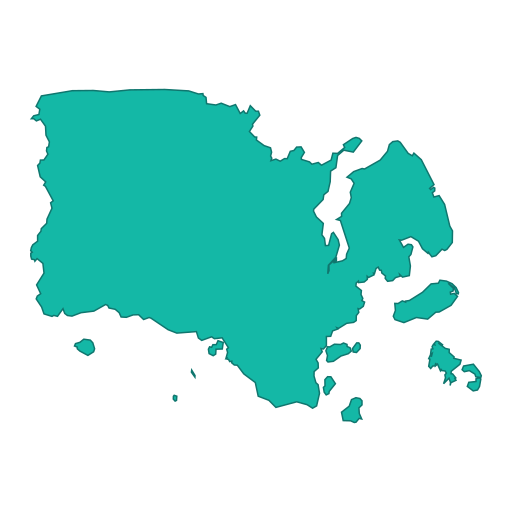 South Malekula, Malampa, Vanuatu (Albers equal-area conic projection)
{"feature_id": "77236927B78933945874407", "entity_name": "South Malekula", "entity_type": "district", "adm_level": 2, "iso_a3": "VUT", "parent_name": "Vanuatu", "parent_adm1": "Malampa", "projection": "albers", "projection_center": [167.766, -16.475], "detail": "fine", "context": "isolated", "style": "filled", "palette": "teal", "viewbox_px": 512, "rotation_deg": 0, "n_neighbors": 0, "source": "geoboundaries", "source_scale": "gbopen_adm2", "svg_char_len": 6056}
<svg xmlns="http://www.w3.org/2000/svg" viewBox="0 0 512 512"><path d="M41.4,95.9L36.1,106.4L39.8,109.2L38.9,114.5L33.7,115.8L31.4,118.7L33.7,118.7L36.4,120.9L40.5,119.2L45.5,126.2L46.0,135.2L49.4,141.9L48.6,146.8L46.9,147.5L46.5,150.9L47.9,154.2L43.9,160.0L40.4,160.1L39.9,163.1L37.6,165.5L40.2,176.8L45.7,181.9L43.7,185.2L45.4,186.3L53.2,200.8L50.6,202.8L52.0,208.2L47.0,219.1L46.7,223.3L41.3,228.6L40.9,231.3L37.6,235.5L37.6,241.2L32.8,244.8L31.4,247.5L30.7,250.7L32.2,252.2L30.8,253.2L30.8,256.1L31.6,259.1L34.5,259.7L34.9,261.2L37.1,258.6L42.9,263.4L44.0,273.1L36.6,284.9L40.7,293.7L37.3,296.1L36.2,298.9L41.6,307.0L44.0,313.9L52.0,316.4L53.8,315.4L57.5,316.3L63.0,308.7L64.7,313.4L67.4,315.5L72.0,316.1L81.0,312.7L93.9,311.1L105.6,304.5L107.7,305.4L109.0,308.0L115.2,309.3L119.2,312.7L121.1,317.0L126.4,317.3L133.1,314.9L138.6,314.7L143.6,319.5L149.1,317.5L150.9,318.1L168.1,329.7L176.8,333.1L196.4,331.6L198.4,338.0L201.7,340.4L211.6,336.8L214.4,338.7L222.1,337.8L228.4,347.7L226.7,349.2L227.6,352.5L226.0,358.2L227.5,357.2L226.1,358.8L228.6,359.5L229.7,361.6L231.8,361.2L231.7,362.8L234.3,365.0L237.3,365.2L243.8,373.9L255.3,382.5L258.2,396.2L268.9,400.3L275.9,407.4L296.7,401.8L307.1,404.7L312.6,408.2L316.6,405.9L319.5,393.3L318.1,384.7L315.9,382.7L314.0,376.0L314.1,371.6L318.3,367.9L318.1,362.9L316.0,359.3L322.2,351.8L321.0,348.5L323.4,349.0L326.4,345.7L326.4,336.5L330.7,336.3L332.6,330.9L337.8,329.0L337.0,327.8L338.5,328.4L346.7,323.3L353.6,322.4L356.2,320.6L356.3,315.6L358.8,312.4L358.1,308.6L359.7,309.0L363.3,306.3L364.6,302.1L361.9,300.6L362.8,298.4L361.0,294.5L361.4,290.5L355.9,286.1L356.2,283.0L358.4,281.1L358.6,282.6L364.2,282.0L367.3,279.4L367.2,276.3L368.5,277.5L373.9,274.9L373.5,273.2L374.5,273.6L376.0,268.5L378.2,267.1L379.6,270.1L381.3,270.3L381.8,273.0L385.5,276.0L385.2,278.4L387.6,281.3L392.7,280.6L395.5,277.6L400.2,276.2L399.7,274.5L402.5,277.1L409.3,275.6L410.4,266.0L408.8,256.8L410.9,254.5L412.9,246.9L411.4,244.7L408.0,244.2L403.5,247.4L399.3,239.9L401.6,240.2L410.9,236.6L418.5,241.2L422.5,248.8L427.9,253.3L428.3,252.2L431.9,256.8L435.8,255.7L442.0,249.2L444.7,250.5L446.9,249.4L452.3,242.5L452.5,230.9L449.8,226.1L444.6,204.4L439.1,195.6L433.9,197.0L432.3,192.8L434.7,190.9L434.8,188.1L433.6,187.4L430.7,189.6L429.6,188.4L434.0,184.6L421.3,159.7L413.9,153.1L412.3,155.8L408.2,153.4L400.2,142.3L397.8,140.9L392.8,141.6L389.4,144.5L387.5,151.3L380.2,160.1L364.5,169.0L362.1,168.5L353.7,171.6L347.0,177.2L351.2,178.9L354.1,183.3L350.3,192.2L351.3,197.7L349.5,203.5L341.5,213.3L341.6,216.4L336.6,219.5L340.4,220.5L349.3,248.1L346.6,254.2L346.2,258.5L342.5,260.8L333.4,262.9L336.4,260.6L336.4,258.5L328.9,265.0L329.0,270.7L327.7,273.8L328.4,265.2L335.8,257.3L339.4,245.1L338.1,239.6L333.4,232.4L331.6,233.7L328.6,245.4L325.4,245.6L324.5,238.4L321.9,234.8L323.3,223.4L316.4,217.0L313.5,211.1L313.8,209.1L323.1,199.5L323.8,194.8L328.0,191.4L330.2,181.7L330.6,171.1L335.9,167.7L337.6,155.5L343.8,150.2L353.3,152.1L361.8,140.9L359.3,138.4L356.0,137.4L352.7,138.5L343.4,144.7L344.7,147.5L337.6,153.4L332.9,153.2L331.1,160.1L321.5,165.2L318.3,162.5L311.9,164.2L309.5,161.9L301.4,159.4L301.3,157.5L304.4,152.4L301.1,146.9L296.6,147.1L293.9,150.5L290.3,151.3L287.2,158.7L284.5,158.6L280.2,161.2L275.9,159.1L270.9,160.7L271.8,158.2L270.6,156.0L271.6,152.2L270.5,147.8L264.1,145.6L256.4,140.0L256.7,137.1L254.7,137.0L249.4,131.5L252.9,126.1L252.5,124.2L259.8,115.2L258.4,111.2L255.7,111.2L250.3,105.7L247.1,113.3L245.2,113.2L243.6,110.9L240.2,113.5L235.5,104.6L229.8,106.6L221.2,103.2L215.9,105.0L206.6,103.7L206.0,97.4L203.2,95.5L202.9,93.6L198.5,94.0L188.7,90.9L164.8,89.5L129.7,89.9L109.3,91.9L93.4,90.5L72.3,90.7L41.4,95.9ZM439.2,312.0L451.1,305.3L457.5,296.4L454.3,293.4L450.6,294.2L450.3,292.1L453.0,291.1L453.5,288.5L448.2,283.3L454.3,287.9L456.4,293.5L458.2,293.9L458.5,292.6L456.1,287.6L452.1,283.7L446.4,281.1L439.9,280.2L438.4,283.2L431.1,283.9L422.5,292.3L409.4,300.5L405.5,301.1L405.6,302.1L402.3,300.9L398.1,303.5L394.8,303.4L395.4,310.5L393.3,316.2L395.0,319.6L403.9,322.6L416.4,317.5L427.7,319.1L435.8,312.2L439.2,312.0ZM434.8,344.8L433.4,344.4L432.1,346.6L432.9,348.8L431.2,349.1L430.5,354.8L432.2,353.4L431.5,356.2L430.1,355.6L428.7,358.7L429.9,359.2L428.7,366.3L430.7,368.5L432.8,366.0L434.9,365.9L435.9,362.9L435.6,365.8L437.5,364.1L440.4,370.7L441.4,368.8L441.2,370.5L445.0,370.9L446.4,373.1L444.9,374.9L445.5,377.8L443.6,383.7L449.0,378.2L450.5,382.5L450.1,385.5L450.9,382.7L456.0,380.3L454.8,378.4L455.8,377.9L452.6,373.9L451.0,373.7L451.3,371.2L459.9,364.3L461.1,360.1L453.8,358.3L454.1,356.9L449.2,352.6L449.2,349.3L445.3,348.4L439.1,343.7L438.4,342.8L443.1,345.2L438.3,341.4L436.2,341.2L434.2,343.5L434.8,344.8ZM359.3,413.5L358.9,407.9L362.0,404.9L362.0,400.8L359.9,398.5L355.9,397.7L351.5,399.6L349.2,406.2L341.5,412.2L343.2,420.6L350.6,420.8L354.3,422.5L356.0,422.2L359.1,418.4L361.7,419.0L359.3,413.5ZM328.0,362.0L333.4,361.3L341.0,356.0L348.3,353.7L351.3,351.1L350.1,347.8L347.1,346.5L347.0,344.4L343.5,343.0L340.6,344.5L334.4,344.2L329.8,346.9L327.5,346.8L325.9,350.8L327.5,355.5L326.6,360.5L328.0,362.0ZM90.3,340.1L83.8,339.2L79.9,342.3L75.5,343.6L74.5,346.0L77.2,347.1L77.3,348.8L79.9,351.1L87.9,355.4L93.6,351.8L94.6,348.8L92.8,342.8L90.3,340.1ZM327.6,376.7L324.9,379.7L325.0,385.9L323.4,387.4L324.2,392.2L326.2,394.9L328.9,393.6L329.2,391.4L335.4,383.7L330.9,376.8L327.6,376.7ZM223.2,342.5L218.0,340.7L216.3,344.6L212.9,344.7L211.6,347.3L209.6,346.8L208.4,349.2L209.1,353.6L213.2,355.7L215.7,354.1L216.0,349.2L222.3,349.0L223.2,342.5ZM463.6,366.0L462.1,369.7L464.3,371.7L469.3,370.6L474.9,374.1L475.8,376.8L480.8,377.5L481.3,375.7L479.3,371.6L473.4,364.2L463.6,366.0ZM476.0,378.8L476.0,381.5L468.8,382.3L467.3,386.4L473.2,390.9L477.5,390.0L479.5,386.5L480.8,379.1L479.4,377.8L476.0,378.8ZM352.5,348.6L353.2,352.0L356.5,352.5L360.1,348.6L360.3,345.2L358.8,342.9L356.7,342.9L352.5,348.6ZM176.8,396.2L174.2,395.3L173.4,396.3L173.3,399.1L175.1,401.1L176.5,400.4L176.8,396.2ZM191.4,372.2L194.9,377.1L195.0,375.5L191.7,370.1L191.4,372.2Z" fill="#14b8a6" stroke="#0f766e" stroke-width="1.5"/></svg>